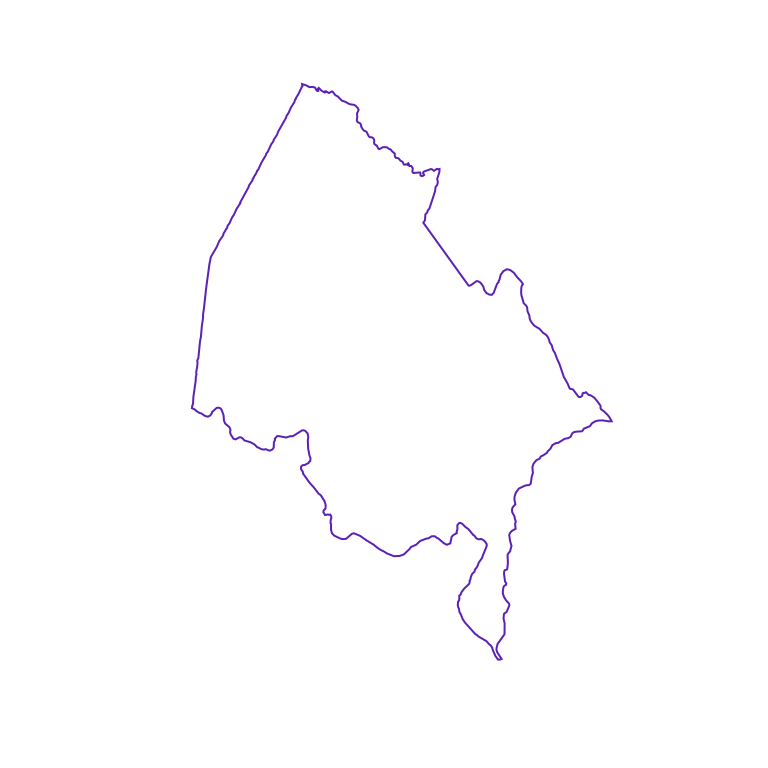 Los Amates, Izabal, Guatemala (Equal Earth projection), rotated 145°
{"feature_id": "79465075B97671971478727", "entity_name": "Los Amates", "entity_type": "district", "adm_level": 2, "iso_a3": "GTM", "parent_name": "Guatemala", "parent_adm1": "Izabal", "projection": "equal_earth", "projection_center": [-89.106, 15.292], "detail": "fine", "context": "isolated", "style": "outline", "palette": "violet", "viewbox_px": 768, "rotation_deg": 145, "n_neighbors": 0, "source": "geoboundaries", "source_scale": "gbopen_adm2", "svg_char_len": 6161}
<svg xmlns="http://www.w3.org/2000/svg" viewBox="0 0 768 768"><g transform="rotate(145 384 384)"><path d="M212.9,386.1L212.8,389.3L213.7,395.5L213.8,400.5L215.2,404.9L217.3,407.4L221.4,408.0L225.8,406.5L229.2,403.5L231.2,402.5L231.6,401.7L233.8,401.3L242.0,395.7L244.6,395.2L246.4,396.8L247.9,399.7L248.0,403.6L246.9,406.3L246.7,408.7L246.9,411.9L247.9,414.0L249.2,415.2L255.4,415.1L257.6,415.4L258.3,416.2L259.3,493.5L256.6,494.6L252.7,499.3L250.4,499.7L248.6,501.0L246.0,501.8L231.6,512.6L228.8,515.8L226.6,516.4L225.3,517.3L223.9,518.8L222.9,521.4L216.9,526.0L215.2,528.3L216.3,528.7L217.3,529.9L220.7,529.9L221.7,532.6L222.4,533.2L229.2,535.1L230.6,534.9L231.0,534.5L231.2,532.2L232.4,532.1L233.8,532.7L234.3,533.2L234.4,534.2L233.3,535.6L233.1,536.6L238.9,540.0L239.1,540.8L238.9,541.7L236.7,544.2L236.6,546.5L236.8,547.1L238.1,547.9L237.4,550.8L238.1,550.9L239.0,549.9L239.9,551.3L241.2,551.7L241.9,552.5L241.3,555.1L242.4,557.5L242.7,560.6L244.5,562.5L244.6,563.3L244.4,564.4L243.0,566.7L243.8,569.4L244.1,572.4L245.1,573.8L245.8,576.1L246.9,577.1L249.1,578.6L252.7,579.0L253.4,579.2L253.6,579.9L253.2,583.5L254.1,585.6L254.1,586.4L253.7,587.4L252.5,588.8L251.9,590.0L251.8,591.2L252.3,592.9L254.2,594.5L254.4,595.5L253.7,600.5L253.9,601.3L255.1,603.0L255.3,605.3L255.1,607.9L254.3,609.1L254.0,611.1L255.4,613.7L255.2,615.1L254.9,615.8L252.8,618.0L250.9,621.1L247.6,623.0L247.2,625.0L247.6,627.9L248.2,629.6L251.7,633.0L253.7,637.1L256.0,640.3L256.9,646.0L258.2,648.5L258.4,652.9L258.9,653.6L262.2,653.9L263.6,657.1L264.3,657.4L264.7,656.6L265.5,656.9L267.0,660.3L267.6,664.0L268.7,663.7L269.8,661.8L270.5,662.2L270.8,663.4L270.5,666.1L271.0,667.1L272.2,668.4L274.9,670.0L276.3,673.1L279.1,676.7L280.1,674.6L280.9,674.5L288.0,670.5L291.8,668.9L292.6,668.1L293.4,668.1L295.8,666.3L301.8,663.8L306.5,660.9L309.9,659.6L311.7,658.2L325.6,651.6L328.9,649.4L334.3,647.3L335.4,646.3L339.0,645.0L345.8,641.0L348.6,640.1L349.7,639.1L356.9,635.9L364.1,631.7L365.5,631.5L367.9,629.9L372.5,628.0L373.1,627.3L374.1,627.2L374.9,626.3L380.9,624.0L381.7,623.1L397.7,615.2L397.8,614.6L404.3,612.0L409.8,608.8L413.4,607.3L418.1,604.4L421.4,603.3L422.7,602.1L429.3,599.2L430.5,598.0L437.0,595.6L442.2,592.3L452.9,587.4L458.2,582.4L474.9,564.3L488.4,548.9L492.8,544.2L494.0,542.3L500.1,535.8L506.8,527.8L510.3,524.4L521.3,511.6L523.5,510.4L524.5,508.4L527.3,505.1L531.1,501.4L532.2,499.3L534.2,497.6L536.2,494.9L547.5,482.8L551.8,477.3L553.4,476.3L555.2,474.4L553.4,471.2L553.4,470.2L551.8,466.2L550.6,464.8L549.0,460.6L547.0,458.2L544.3,457.9L541.5,459.0L540.9,459.7L534.7,460.4L533.0,459.4L531.9,457.8L531.9,455.7L533.4,450.3L536.1,445.8L536.8,442.8L535.4,437.4L535.9,434.8L537.8,432.7L538.5,430.6L538.7,425.6L537.4,423.8L533.2,423.3L531.8,422.4L531.1,420.9L530.7,417.8L526.7,412.8L524.7,408.6L524.2,405.3L521.7,400.8L519.9,399.1L518.2,398.4L516.3,395.4L515.5,394.8L513.0,394.4L510.9,395.1L507.6,399.4L505.3,400.7L504.8,401.8L501.5,402.6L500.1,401.7L494.7,396.2L491.0,395.1L488.3,393.5L477.8,393.0L476.5,392.3L475.4,390.8L474.9,387.3L476.5,383.9L478.8,381.5L483.2,374.5L486.1,368.1L486.7,365.5L488.7,363.1L490.0,363.2L490.8,362.6L495.4,363.1L497.3,364.2L499.2,363.9L500.8,362.0L500.9,358.5L501.7,357.1L501.6,345.7L500.8,339.5L500.5,331.7L499.6,329.3L499.9,322.2L501.0,318.8L502.2,316.9L503.7,315.3L505.6,315.2L507.2,313.9L507.4,310.4L504.9,309.4L504.1,308.4L503.0,308.0L503.0,306.3L503.9,304.5L505.7,303.2L507.7,300.5L507.7,299.6L510.9,295.2L512.2,291.6L511.8,288.5L508.6,282.7L507.2,280.9L503.8,278.9L496.3,279.7L494.3,279.0L490.8,273.6L487.9,265.7L484.6,258.2L483.4,253.8L481.5,249.1L480.4,247.5L478.8,243.6L474.6,237.2L469.8,234.2L465.5,233.0L457.5,234.2L455.4,235.0L449.8,233.9L444.4,234.7L438.1,233.1L436.0,232.1L432.3,231.9L429.7,230.1L428.9,227.5L428.1,226.3L426.3,219.3L424.8,216.3L421.1,215.4L416.3,220.0L413.9,220.5L409.8,220.1L409.5,221.1L407.0,223.1L404.9,226.3L402.3,227.0L401.1,226.4L400.1,224.7L399.3,220.0L398.1,216.8L397.5,209.1L396.9,208.0L396.9,204.5L395.5,202.4L393.4,201.4L392.1,199.1L391.6,196.8L391.7,193.9L393.0,192.2L402.5,186.1L403.0,185.4L408.7,183.4L412.2,181.0L416.4,179.5L417.4,178.4L420.6,177.9L423.3,176.3L425.5,174.2L426.6,173.9L427.2,172.8L428.8,171.5L436.0,170.3L440.2,168.9L442.1,167.5L443.9,167.4L445.4,164.9L446.9,163.5L448.2,163.2L450.4,160.5L451.3,158.5L451.4,157.1L453.0,153.9L453.3,150.7L454.4,146.4L454.5,142.2L452.6,126.4L451.9,125.4L451.5,123.1L447.6,114.6L447.1,110.1L446.5,108.6L446.6,105.8L447.4,104.0L448.7,97.5L448.7,92.9L447.0,91.7L445.4,91.3L445.1,99.2L444.4,101.6L443.6,102.8L440.1,105.9L428.8,109.9L422.5,118.7L420.6,123.3L417.9,126.5L417.4,126.9L414.3,127.0L408.3,130.7L407.5,132.4L408.1,136.8L407.8,141.0L406.8,144.3L405.0,146.7L402.5,149.2L401.7,149.6L399.1,149.6L398.5,150.1L398.2,150.9L398.1,152.9L394.6,159.6L393.2,161.4L391.9,162.2L389.7,161.5L388.8,162.1L384.9,166.7L380.9,173.0L379.4,173.9L376.7,174.6L372.4,178.3L370.7,183.2L368.1,188.4L367.4,189.0L365.6,189.9L363.4,190.3L359.2,189.9L356.9,194.2L354.9,195.8L354.3,198.0L353.1,200.6L352.5,205.4L351.5,207.3L349.6,209.1L345.4,210.1L343.3,214.9L341.2,217.2L338.2,219.4L333.5,221.0L327.5,220.0L325.5,219.4L323.4,218.1L321.5,218.0L320.4,218.8L316.2,223.3L313.0,225.8L310.1,230.8L307.1,233.0L302.9,234.2L299.4,233.6L297.2,234.7L293.9,234.2L289.7,234.2L288.5,235.0L284.9,235.5L281.1,237.4L277.2,237.0L275.2,235.9L267.5,235.5L263.9,233.9L261.4,233.7L258.1,235.6L256.3,235.7L253.7,234.6L249.1,231.8L248.3,231.8L245.7,232.8L240.4,231.5L238.9,231.5L236.4,232.5L232.5,232.3L229.7,231.3L225.8,228.8L221.1,224.3L218.9,222.9L218.4,227.4L218.6,230.7L219.5,235.4L220.7,238.9L220.5,240.1L219.3,241.5L219.1,242.6L219.2,247.7L219.6,252.2L221.3,256.4L222.6,257.5L223.3,261.4L224.7,261.6L225.8,262.4L226.7,262.4L228.3,260.7L230.2,260.6L231.4,261.1L232.0,262.0L232.3,271.2L234.2,273.1L234.4,274.2L233.3,279.3L232.7,286.5L228.8,299.8L227.8,305.4L226.2,311.4L226.0,315.0L224.4,319.5L224.4,323.0L223.3,326.0L222.9,328.5L222.9,330.9L224.4,334.9L225.0,340.0L227.4,345.4L227.8,349.1L227.6,352.4L227.1,354.1L225.7,356.6L224.7,361.3L222.7,364.9L222.6,366.4L223.2,370.1L220.6,377.7L219.5,379.8L216.5,383.9L214.6,385.6L212.9,386.1Z" fill="none" stroke="#5b21b6" stroke-width="2"/></g></svg>